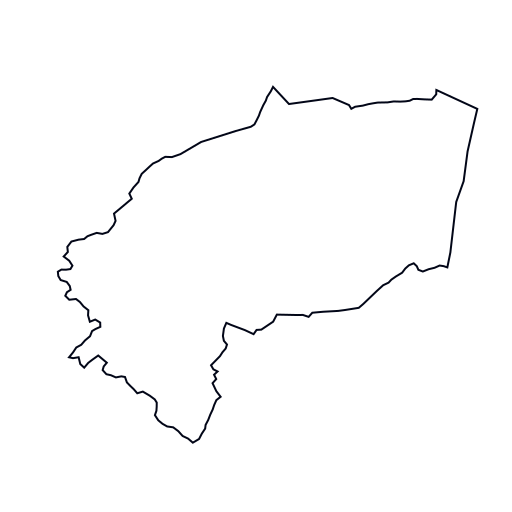 Simão Dias, Sergipe, Brazil, rotated 190°
{"feature_id": "56859067B91513097865044", "entity_name": "Simão Dias", "entity_type": "district", "adm_level": 2, "iso_a3": "BRA", "parent_name": "Brazil", "parent_adm1": "Sergipe", "projection": "mercator", "projection_center": [-37.797, -10.741], "detail": "fine", "context": "isolated", "style": "outline", "palette": "ink", "viewbox_px": 512, "rotation_deg": 190, "n_neighbors": 0, "source": "geoboundaries", "source_scale": "gbopen_adm2", "svg_char_len": 2482}
<svg xmlns="http://www.w3.org/2000/svg" viewBox="0 0 512 512"><g transform="rotate(190 256 256)"><path d="M445.3,222.1L439.1,218.9L435.1,214.6L436.5,210.9L440.8,209.5L445.3,208.8L448.4,206.1L447.2,201.9L444.2,198.4L437.9,197.6L434.2,194.1L432.7,190.5L435.9,187.5L436.9,183.7L432.3,180.5L425.8,182.4L421.4,180.1L417.1,176.4L411.7,173.5L411.1,168.4L408.2,162.4L403.3,165.5L397.9,163.4L397.0,159.2L401.4,156.2L404.4,153.6L405.5,148.2L409.7,143.2L412.7,138.2L417.1,134.7L419.5,129.2L422.5,123.8L418.5,123.6L413.1,125.5L410.3,119.1L405.8,116.2L402.6,121.7L399.0,125.6L394.1,130.6L384.4,125.0L386.8,120.8L387.2,117.0L382.8,113.6L378.2,113.4L372.9,112.1L367.7,114.1L364.0,114.1L361.2,109.1L357.2,106.2L353.3,103.6L349.1,100.2L343.9,102.8L336.4,100.0L330.8,97.2L328.3,94.4L327.6,90.1L327.2,86.3L327.9,81.7L323.7,77.2L318.9,74.5L313.9,72.7L307.8,72.9L302.1,70.0L297.0,66.0L291.2,64.4L285.8,61.2L280.3,65.9L278.5,71.7L276.1,77.2L276.3,80.9L274.6,86.2L273.5,91.8L272.0,97.3L271.3,102.0L270.0,107.2L266.4,111.2L271.6,116.0L276.7,123.2L273.8,127.9L276.7,131.8L273.8,135.6L278.3,137.0L281.3,140.6L274.1,151.1L272.3,155.4L269.8,159.6L269.2,163.8L272.9,166.9L274.7,171.5L275.0,179.0L273.6,185.0L268.6,183.8L254.1,181.1L244.8,178.6L242.6,183.3L238.0,184.4L227.7,194.3L225.3,201.9L204.7,205.1L199.6,206.1L193.6,205.2L190.7,209.9L180.4,212.7L165.5,216.2L158.9,218.3L145.8,222.8L142.1,227.3L130.8,242.7L125.7,249.3L120.8,252.8L118.6,256.2L114.6,260.2L109.2,264.9L106.8,269.6L103.8,273.4L99.4,276.2L95.9,273.9L93.7,270.6L89.0,269.7L83.6,273.0L78.1,275.4L73.5,278.5L69.4,278.6L65.6,278.0L65.2,293.2L67.2,326.9L68.2,344.0L64.5,365.7L65.8,395.7L64.4,425.0L63.6,439.3L107.2,450.8L106.6,446.5L110.1,440.5L117.3,439.5L124.3,438.7L128.5,437.9L131.6,435.6L135.5,434.3L140.7,433.1L147.3,432.1L153.2,430.1L157.9,429.2L162.9,428.2L167.5,426.6L171.8,425.0L177.0,422.6L180.7,421.4L184.3,420.2L187.7,417.5L190.6,420.8L208.0,424.9L223.8,419.8L249.9,411.4L268.6,425.5L270.0,420.8L272.7,414.5L273.3,410.7L275.0,405.8L276.9,398.5L277.5,394.7L278.9,390.0L280.4,385.3L283.5,382.4L297.4,375.7L329.8,358.8L348.1,343.2L352.4,340.8L356.0,338.8L362.6,337.9L365.7,335.5L368.4,332.7L373.5,329.2L376.4,325.5L379.4,321.5L382.8,317.1L384.2,312.3L384.6,308.5L388.5,302.3L391.6,295.5L388.3,290.8L403.2,273.1L400.4,266.2L401.6,261.6L403.7,257.8L405.9,253.8L411.1,251.1L416.9,251.1L422.1,248.2L425.4,246.2L428.2,242.9L433.5,241.3L440.3,238.2L443.4,232.2L442.0,227.3L445.3,222.1Z" fill="none" stroke="#020617" stroke-width="2"/></g></svg>